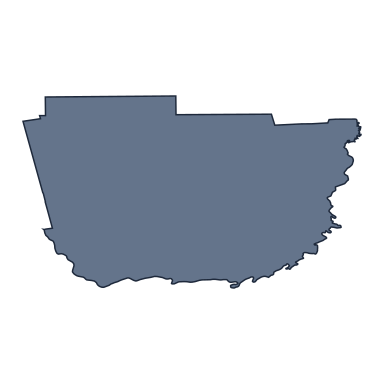 the district of Bārtas pag., Grobinas, Latvia
{"feature_id": "27541924B34143831895881", "entity_name": "Bārtas pag.", "entity_type": "district", "adm_level": 2, "iso_a3": "LVA", "parent_name": "Latvia", "parent_adm1": "Grobinas", "projection": "natural_earth1", "projection_center": [21.383, 56.376], "detail": "fine", "context": "isolated", "style": "filled", "palette": "slate", "viewbox_px": 384, "rotation_deg": 0, "n_neighbors": 0, "source": "geoboundaries", "source_scale": "gbopen_adm2", "svg_char_len": 6029}
<svg xmlns="http://www.w3.org/2000/svg" viewBox="0 0 384 384"><path d="M45.3,97.0L45.5,115.6L39.6,115.6L40.5,118.7L23.0,121.3L42.8,192.7L43.3,193.4L45.4,201.7L45.2,201.9L47.4,209.8L52.4,228.2L45.8,229.1L44.3,229.5L43.6,229.4L44.2,229.9L44.8,232.9L45.9,235.4L47.7,236.9L49.3,239.2L50.5,239.9L52.8,240.9L53.4,241.5L54.1,243.1L54.7,245.4L54.9,248.2L55.7,250.9L56.7,252.9L57.2,253.5L57.9,253.9L58.5,254.1L61.2,253.7L62.4,253.9L63.6,254.3L65.1,255.1L66.2,255.8L66.7,256.4L66.8,257.4L67.3,258.5L68.1,259.7L72.5,262.2L73.1,262.9L73.8,263.9L74.0,265.3L73.9,266.1L72.7,270.1L72.5,271.2L72.5,271.9L73.8,273.7L75.0,274.6L76.8,275.7L78.3,276.2L83.1,277.1L83.9,277.5L84.5,277.9L85.7,279.2L86.8,279.9L91.8,280.5L94.5,281.1L96.4,282.6L97.1,284.0L97.6,284.8L98.6,285.7L99.4,286.3L101.4,287.1L103.1,287.3L104.0,287.2L109.1,285.3L111.1,283.9L112.4,283.5L114.2,282.7L117.8,281.6L119.6,280.7L121.5,279.9L127.3,278.0L128.2,277.9L129.2,278.1L130.2,278.5L133.6,280.3L135.4,280.9L136.3,280.9L137.5,280.6L140.0,279.6L145.4,278.2L150.5,277.4L154.6,276.4L157.1,276.5L162.5,277.5L165.6,278.8L166.7,279.0L167.9,279.0L170.0,278.5L170.8,278.6L171.4,278.8L172.4,280.0L172.5,280.4L172.4,280.9L172.0,282.1L171.5,283.4L171.7,283.7L172.5,283.9L174.4,283.8L178.3,282.0L179.2,281.8L184.0,281.6L186.8,281.7L190.2,282.2L192.2,282.1L195.1,281.6L199.5,280.3L202.1,279.9L210.4,279.7L212.9,279.3L215.2,279.3L220.0,279.9L221.1,279.9L223.4,279.6L226.5,279.6L227.0,279.8L228.4,281.3L229.2,281.9L230.1,282.2L231.0,282.3L235.1,281.7L236.4,281.9L237.6,282.7L237.9,283.3L237.2,284.0L235.6,284.5L234.4,284.3L233.1,284.4L230.8,285.3L230.6,285.6L230.7,287.0L231.1,287.5L232.1,287.8L234.0,288.0L234.7,287.8L236.1,287.1L237.6,286.8L238.5,286.2L239.0,285.6L239.9,283.4L240.7,282.6L244.9,279.7L246.3,279.0L249.4,277.9L251.0,277.0L252.2,276.9L253.0,277.1L253.5,277.6L253.6,278.3L252.6,280.7L252.5,281.4L253.2,282.0L253.8,282.1L254.7,281.9L255.3,281.6L256.4,280.3L256.9,279.6L261.4,277.0L262.7,276.6L264.1,276.3L265.8,276.4L268.6,277.3L271.0,275.3L272.4,275.0L273.3,274.5L273.6,274.1L273.7,273.3L273.7,272.7L273.9,272.2L274.5,271.8L276.3,270.7L278.8,269.9L280.8,268.9L282.0,267.9L283.1,266.4L283.8,265.8L286.3,264.9L286.6,264.2L286.9,263.9L287.4,263.8L287.9,264.0L288.5,264.7L289.2,265.3L289.4,265.6L289.4,265.8L288.0,267.4L286.8,268.1L286.1,268.3L285.9,268.6L286.2,269.0L286.8,269.0L287.4,268.9L287.9,268.5L288.3,268.5L289.6,269.2L290.1,269.1L290.7,268.6L290.8,268.1L291.1,267.6L294.4,265.3L294.7,265.1L296.4,265.0L297.6,264.5L297.8,264.0L297.6,263.6L295.9,262.8L295.6,262.4L295.7,262.0L298.4,260.6L298.9,260.1L299.6,259.7L301.6,258.9L302.3,258.8L302.7,258.5L303.4,258.4L303.5,258.1L303.1,257.6L303.0,257.3L302.4,256.4L302.5,255.9L303.3,254.8L303.3,254.5L303.1,253.5L303.3,253.2L303.7,252.9L304.8,252.5L305.9,252.6L307.1,252.7L309.0,253.3L310.7,253.5L312.1,253.6L313.9,253.5L315.2,254.0L315.7,254.0L316.6,253.0L317.5,250.8L317.5,248.8L317.7,247.9L317.5,247.1L317.6,246.2L317.5,245.6L316.9,245.0L316.6,244.9L316.0,244.8L315.6,245.0L314.7,244.9L314.3,244.5L314.3,244.0L316.3,243.1L317.5,242.8L319.1,242.0L322.9,240.5L324.9,239.1L325.9,238.7L326.6,238.0L326.5,237.7L325.8,236.9L323.0,235.4L322.3,234.8L321.9,234.1L321.8,233.5L322.0,233.1L323.1,232.5L324.9,232.7L325.3,232.6L325.5,232.1L325.7,231.0L326.0,230.9L326.5,231.0L327.4,231.9L328.2,232.5L329.4,232.8L330.4,232.8L331.0,232.4L331.1,231.6L330.7,231.1L329.3,230.3L329.0,229.9L329.0,229.4L329.4,228.7L330.1,228.3L330.6,227.4L331.3,227.0L333.9,227.3L337.0,228.0L340.6,227.6L341.1,227.2L340.8,225.9L340.5,225.6L339.9,225.3L338.2,225.5L337.8,225.3L337.7,225.0L336.7,224.2L335.4,224.0L332.4,223.1L332.3,222.8L333.0,221.8L333.0,221.3L332.5,221.0L331.3,220.6L331.1,220.2L331.3,219.0L330.8,217.1L330.9,216.8L331.2,216.5L331.7,216.4L332.1,216.6L332.7,217.4L334.2,218.1L334.8,218.2L335.5,218.0L335.8,217.5L335.8,217.0L335.4,216.5L332.2,214.6L331.5,214.0L330.4,212.7L329.4,211.8L329.0,211.2L329.1,210.4L329.6,209.7L331.0,208.0L332.7,206.7L332.8,206.3L332.6,206.0L331.7,205.8L331.3,205.5L330.6,204.0L330.7,203.2L330.6,202.9L330.1,202.0L329.9,201.2L328.5,199.8L327.8,199.2L327.3,198.3L327.3,197.7L327.9,197.1L330.8,196.0L331.0,195.7L332.4,192.3L335.5,190.5L335.7,189.3L335.4,187.9L335.5,186.9L344.7,183.6L347.5,180.5L348.2,180.1L348.3,179.8L348.4,179.0L347.6,176.0L345.2,174.6L344.6,174.1L344.4,173.7L344.2,172.7L344.4,172.2L346.4,169.7L347.1,168.6L348.0,167.9L349.0,167.4L349.7,166.9L351.3,165.5L352.1,164.6L352.3,164.2L353.3,160.9L353.3,159.9L352.9,158.5L352.3,157.5L351.3,156.8L349.0,155.7L347.5,154.4L347.5,153.9L348.0,153.3L348.1,152.8L347.6,151.8L347.5,151.3L347.0,150.2L346.0,148.7L344.8,148.1L344.0,147.2L345.0,145.9L345.2,143.7L345.6,143.3L345.9,143.4L346.1,143.2L346.7,142.5L347.2,141.8L347.4,140.8L347.7,140.6L348.7,140.4L349.4,140.5L349.5,140.7L349.1,141.3L348.5,141.4L348.2,141.8L348.2,142.4L348.6,142.7L349.3,142.5L350.2,142.0L351.5,141.7L353.0,141.6L353.5,141.4L354.3,141.5L354.7,141.8L355.0,141.7L354.9,141.2L354.4,140.4L354.4,139.8L354.9,139.3L355.1,138.3L355.5,138.4L355.6,139.0L355.9,139.1L356.6,138.8L357.0,138.4L357.8,138.4L357.6,138.0L356.9,137.9L356.8,137.7L357.2,137.5L357.1,137.0L356.9,136.8L356.8,136.4L357.2,135.5L357.6,135.5L357.7,136.0L357.8,136.1L358.6,136.0L359.1,136.3L359.6,136.3L359.8,135.8L360.7,135.4L360.6,134.9L361.0,134.5L360.9,134.3L360.5,134.3L359.4,134.6L359.2,134.3L359.5,133.9L358.9,133.6L358.8,133.4L358.9,133.0L359.4,132.8L359.6,132.5L359.6,132.1L359.0,130.8L358.7,130.6L359.2,130.1L359.8,130.2L360.1,130.1L360.3,129.7L360.1,129.4L359.4,129.1L358.9,128.7L359.6,128.2L360.4,128.4L360.7,128.0L360.7,126.8L360.4,126.7L359.1,127.0L358.9,126.8L359.0,126.5L358.8,126.2L358.4,126.3L357.1,125.9L357.3,125.6L358.0,125.6L358.3,125.3L358.3,125.1L357.7,124.9L357.3,124.6L357.2,123.7L357.3,123.2L358.7,123.5L359.0,123.4L359.0,123.1L358.9,122.7L358.5,122.5L357.6,122.6L357.2,122.4L356.9,122.0L357.0,120.7L356.6,119.7L356.1,119.3L355.1,119.1L336.0,119.2L329.1,119.6L327.8,122.9L311.7,123.8L301.4,123.9L274.8,125.2L271.4,114.2L176.0,114.7L175.8,96.0L45.3,97.0Z" fill="#64748b" stroke="#1e293b" stroke-width="1.5"/></svg>